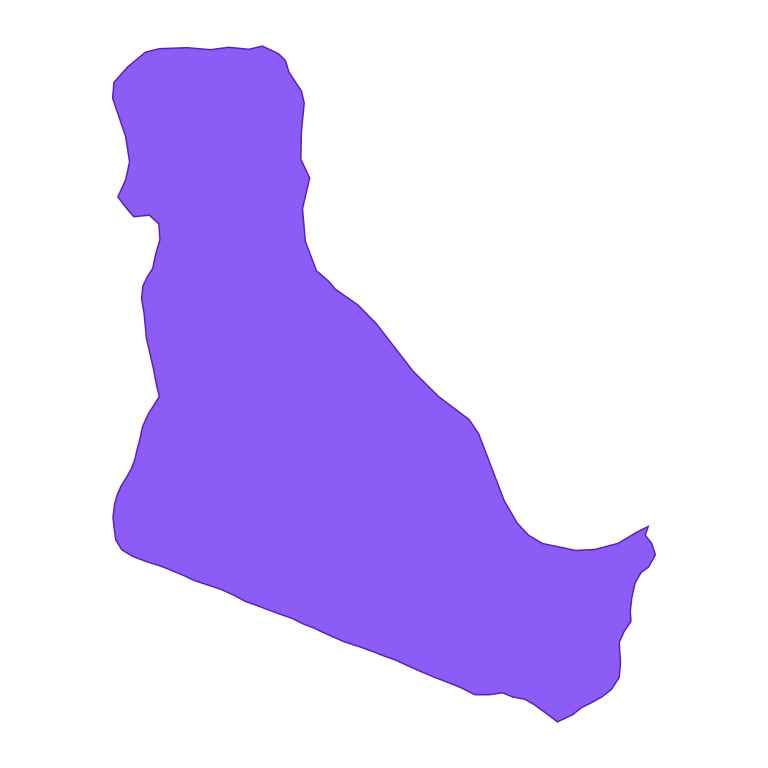 the district of Cachoeira Dourada, Minas Gerais, Brazil
{"feature_id": "56859067B85859167523547", "entity_name": "Cachoeira Dourada", "entity_type": "district", "adm_level": 2, "iso_a3": "BRA", "parent_name": "Brazil", "parent_adm1": "Minas Gerais", "projection": "mercator", "projection_center": [-49.478, -18.596], "detail": "fine", "context": "isolated", "style": "filled", "palette": "violet", "viewbox_px": 768, "rotation_deg": 0, "n_neighbors": 0, "source": "geoboundaries", "source_scale": "gbopen_adm2", "svg_char_len": 1713}
<svg xmlns="http://www.w3.org/2000/svg" viewBox="0 0 768 768"><path d="M309.7,178.0L300.8,159.2L301.4,131.6L302.9,116.3L304.2,103.2L301.4,90.9L295.7,82.4L289.0,72.3L285.4,60.6L278.6,53.8L262.4,46.1L248.9,49.3L228.6,47.3L210.7,49.7L187.0,47.7L159.3,48.7L145.4,52.2L127.5,67.1L114.0,82.4L112.6,98.1L125.6,136.4L129.6,161.8L125.6,180.0L117.9,196.9L124.7,206.0L133.7,216.7L149.3,215.2L158.9,223.9L159.9,239.8L155.6,254.5L152.7,268.4L147.5,276.5L142.9,286.0L141.6,298.7L144.1,313.6L145.4,327.3L146.5,339.0L149.7,352.3L153.3,368.0L156.5,384.9L159.3,396.6L154.2,404.7L148.8,413.1L142.6,426.6L139.6,440.5L137.1,449.6L134.9,459.3L131.5,468.5L126.0,478.2L120.9,486.4L117.0,495.5L114.5,504.6L113.0,517.3L114.2,528.3L115.8,540.0L121.9,549.9L133.3,556.7L148.2,562.2L159.9,565.8L169.1,569.4L182.3,574.9L193.4,580.1L202.0,583.1L210.7,585.9L220.9,589.4L233.5,595.0L245.5,601.5L254.2,604.5L265.3,608.7L278.6,613.7L292.2,618.4L303.3,624.0L314.4,628.2L322.3,632.1L331.3,636.1L344.5,641.9L358.4,646.4L371.4,651.0L384.0,656.0L395.7,660.1L407.7,665.7L421.6,671.9L434.8,677.4L446.7,682.0L461.2,687.8L474.9,694.7L489.8,694.7L502.4,692.7L512.5,696.9L524.9,699.3L534.2,704.6L543.8,711.6L557.5,721.9L572.7,714.6L581.6,707.6L591.2,702.8L601.9,696.9L611.5,689.3L619.2,677.4L620.5,662.1L619.8,652.4L619.2,642.3L624.1,631.5L630.9,621.4L630.3,611.1L631.8,597.6L635.2,582.7L641.1,572.5L648.6,567.0L655.4,554.7L651.6,543.3L645.2,535.2L648.2,526.5L636.7,532.2L618.3,543.3L594.9,549.5L575.8,550.5L542.4,543.5L528.5,535.2L517.2,523.1L504.2,500.7L478.7,433.9L469.1,419.6L438.6,396.6L413.0,371.2L376.3,323.7L357.8,304.9L335.3,289.2L328.9,281.5L316.4,270.7L305.3,241.2L302.5,208.6L309.7,178.0Z" fill="#8b5cf6" stroke="#5b21b6" stroke-width="1.5"/></svg>